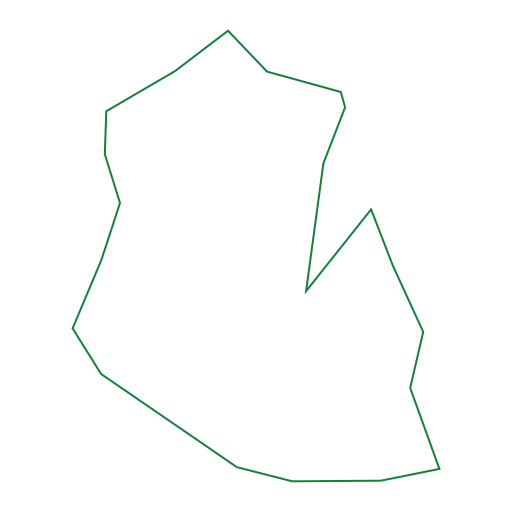 an SVG outline of Saint Mary
{"feature_id": "ATG-5097", "entity_name": "Saint Mary", "entity_type": "Parish", "adm_level": 1, "iso_a3": "ATG", "parent_name": "Antigua and Barbuda", "parent_adm1": "", "projection": "natural_earth1", "projection_center": [-61.844, 17.05], "detail": "fine", "context": "isolated", "style": "outline", "palette": "green", "viewbox_px": 512, "rotation_deg": 0, "n_neighbors": 0, "source": "natural_earth", "source_scale": "10m", "svg_char_len": 386}
<svg xmlns="http://www.w3.org/2000/svg" viewBox="0 0 512 512"><path d="M439.4,468.9L380.8,480.7L292.2,481.3L236.9,467.2L101.1,374.0L72.6,328.4L101.3,260.2L120.0,203.0L104.8,154.2L106.3,111.2L175.3,70.9L228.0,30.7L267.0,71.6L340.8,92.0L345.1,107.3L323.4,163.4L306.1,291.1L371.1,209.4L392.8,265.5L423.2,331.9L410.2,388.0L439.4,468.9Z" fill="none" stroke="#15803d" stroke-width="2"/></svg>